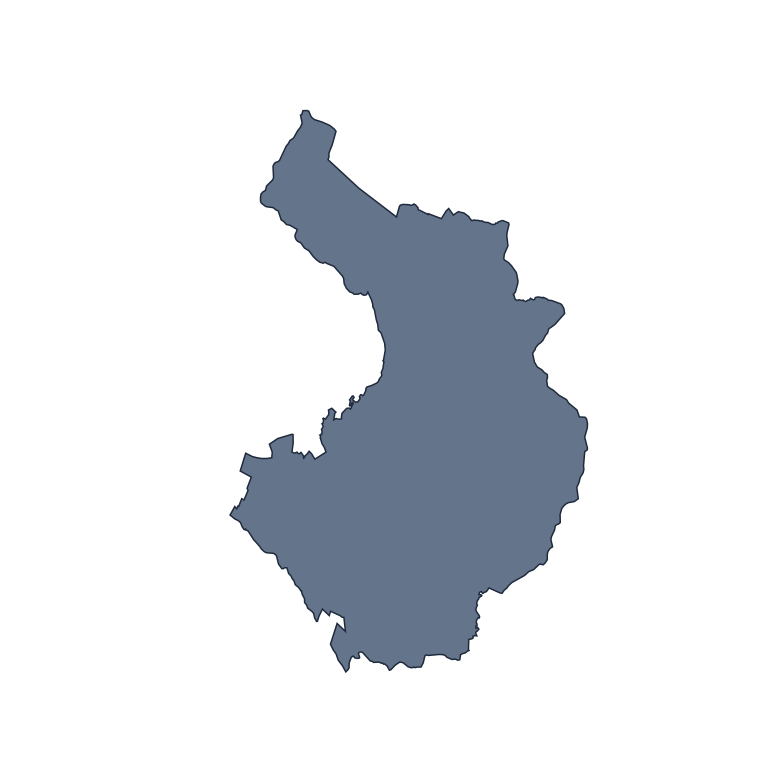 the district of Hateg, Hunedoara, Romania, rotated 65°
{"feature_id": "2599482B32266966922921", "entity_name": "Hateg", "entity_type": "district", "adm_level": 2, "iso_a3": "ROU", "parent_name": "Romania", "parent_adm1": "Hunedoara", "projection": "robinson", "projection_center": [22.928, 45.632], "detail": "fine", "context": "isolated", "style": "filled", "palette": "slate", "viewbox_px": 768, "rotation_deg": 65, "n_neighbors": 0, "source": "geoboundaries", "source_scale": "gbopen_adm2", "svg_char_len": 6170}
<svg xmlns="http://www.w3.org/2000/svg" viewBox="0 0 768 768"><g transform="rotate(65 384 384)"><path d="M437.7,578.9L443.3,576.2L446.2,573.8L449.1,572.6L453.3,572.9L456.3,572.5L457.1,571.9L457.0,570.8L457.9,571.0L459.7,569.3L470.1,567.9L477.8,565.5L481.6,564.9L485.5,563.3L487.3,561.8L490.9,555.5L493.2,554.3L494.5,554.1L502.7,555.7L508.2,554.6L508.8,553.4L508.5,551.6L509.6,549.7L515.4,550.5L518.8,549.4L521.8,549.4L524.3,548.8L528.5,549.2L532.2,547.4L536.4,546.7L536.5,546.2L539.9,547.0L545.0,546.8L548.5,548.3L551.9,547.5L554.9,547.9L559.5,545.5L562.1,544.7L566.6,545.7L570.7,545.5L570.9,544.6L567.0,541.1L562.0,534.9L570.8,531.5L567.4,528.5L575.0,522.0L577.8,520.4L578.6,519.0L591.9,523.5L581.2,527.7L597.2,542.5L603.7,542.4L608.4,541.5L614.9,542.2L622.1,540.7L628.8,540.3L627.6,537.1L626.4,535.6L622.0,533.4L618.0,529.3L617.5,527.4L617.9,526.6L619.9,526.2L621.3,524.4L622.0,522.2L621.5,521.6L617.3,521.1L616.8,519.6L617.1,518.0L618.4,516.8L629.2,513.5L630.3,512.0L631.9,511.1L633.9,506.1L635.9,504.4L636.4,503.2L637.8,502.7L638.0,501.7L641.1,500.3L645.7,500.1L645.9,498.7L643.5,492.5L642.7,487.2L644.6,484.5L650.4,481.7L652.4,479.6L653.3,477.6L653.0,476.6L654.3,475.5L654.6,473.5L656.2,470.1L653.3,466.3L647.8,461.9L647.3,460.4L648.7,458.7L652.4,448.4L653.9,445.5L655.5,443.5L658.4,442.4L662.4,438.8L663.4,435.8L665.5,433.8L666.0,431.9L661.6,429.0L661.6,426.4L662.1,424.0L661.3,420.8L661.5,419.6L660.3,419.7L651.3,415.1L652.1,412.1L651.8,410.5L650.2,410.0L650.5,407.9L651.5,406.3L649.0,406.3L647.7,405.7L647.3,403.7L646.3,401.6L644.2,402.0L644.4,403.8L643.0,403.6L642.1,403.0L642.5,402.0L642.1,401.6L640.7,401.1L639.4,401.3L637.2,400.0L635.6,397.4L636.3,396.6L635.7,395.9L634.2,395.6L629.2,396.4L626.9,395.9L625.4,394.6L624.1,392.9L622.2,392.8L619.9,391.1L618.8,389.0L617.6,388.0L617.5,385.6L617.0,384.8L616.1,385.1L615.1,386.9L614.3,386.6L613.1,384.9L613.3,383.4L615.4,383.2L615.6,382.6L615.1,381.2L615.5,379.8L615.2,378.4L613.2,375.1L622.1,367.4L623.6,365.4L621.8,362.4L620.8,358.7L619.4,356.3L618.0,352.2L616.9,337.3L615.2,332.2L615.5,326.9L613.0,319.5L613.1,318.8L615.1,316.2L614.4,313.8L612.3,310.3L607.2,307.9L605.0,306.1L603.2,303.1L602.8,300.0L595.5,298.5L593.1,296.7L588.5,291.2L585.1,288.8L584.6,288.0L584.6,284.4L584.1,282.8L576.7,279.6L571.9,275.4L570.3,272.2L569.5,269.3L569.5,266.9L571.0,261.2L570.1,256.4L559.2,253.0L555.8,249.0L551.6,245.6L548.8,241.3L546.0,239.0L542.4,237.7L530.2,230.7L529.6,227.6L528.1,226.7L517.0,224.6L509.7,218.3L505.9,216.3L501.4,215.2L499.5,215.6L498.8,216.3L496.7,220.4L496.1,220.8L489.1,220.1L479.4,224.7L475.3,225.2L468.0,230.3L461.1,233.2L458.1,235.4L455.2,236.8L449.4,235.0L447.3,233.1L444.4,232.0L441.1,234.0L438.1,234.8L433.3,237.9L427.7,238.4L419.6,236.5L418.5,235.7L416.5,232.3L415.3,231.4L413.3,227.6L412.8,224.6L411.6,221.6L408.2,217.1L406.9,214.2L404.1,211.9L403.6,210.9L402.2,203.7L396.4,190.5L391.7,189.1L387.9,189.3L386.0,190.0L379.3,196.7L377.4,199.8L376.0,200.2L372.9,202.9L373.1,203.8L372.4,204.2L370.1,207.9L369.6,210.3L371.0,211.8L370.9,213.1L368.2,215.1L369.2,216.6L368.8,218.6L369.2,220.5L368.1,221.9L366.9,222.2L366.5,224.0L364.6,226.2L364.8,227.6L363.1,229.2L360.5,229.2L359.3,228.7L357.6,229.0L356.2,226.1L349.7,220.5L347.2,219.0L341.0,217.4L338.8,217.0L330.6,218.5L326.4,220.0L322.3,222.5L321.1,222.5L317.2,220.1L311.2,213.3L301.4,210.0L298.7,208.4L292.3,203.3L290.7,203.0L286.2,207.1L285.8,208.0L285.4,212.0L286.1,213.4L285.4,214.7L286.2,216.0L285.1,218.6L281.8,221.2L279.7,224.7L277.5,226.3L277.2,227.5L276.0,228.8L273.3,233.5L273.2,235.3L270.4,236.2L268.2,236.4L262.9,239.2L259.2,243.9L260.2,249.7L252.3,251.2L253.4,254.5L258.4,262.1L248.3,271.9L249.0,272.4L240.3,279.3L238.7,278.7L235.1,279.7L233.5,280.8L233.8,283.4L231.8,286.1L229.3,290.8L228.8,293.6L229.6,295.0L237.9,302.1L196.0,324.0L157.1,339.9L154.9,337.9L151.4,336.3L145.5,330.0L134.7,320.7L131.9,321.3L126.7,323.9L120.3,329.5L115.1,335.2L112.5,336.6L110.5,337.1L105.0,336.9L103.7,338.1L102.5,340.8L102.0,342.0L104.9,344.5L105.0,346.0L112.9,347.9L115.9,351.1L118.3,355.7L122.3,361.2L123.1,362.8L123.5,366.1L125.9,369.5L127.1,372.1L137.2,384.2L137.7,386.4L137.3,388.8L138.3,391.0L139.8,392.6L150.3,396.9L151.9,398.5L154.9,406.7L158.4,409.6L158.8,412.8L159.9,415.2L162.9,417.2L166.1,418.6L168.0,418.8L172.1,416.8L173.6,415.7L177.4,409.8L180.5,408.4L182.4,406.7L191.8,407.8L194.6,406.1L198.1,405.1L200.5,402.1L207.4,397.3L211.4,401.7L213.3,402.5L216.1,402.6L218.1,402.0L220.8,399.8L227.2,398.6L231.3,395.8L238.8,394.2L242.9,392.7L246.5,390.7L248.8,388.1L248.8,386.0L250.9,384.6L256.1,379.7L268.8,376.0L271.4,376.0L276.3,377.7L281.5,377.6L286.1,376.1L288.1,374.0L289.9,373.3L291.7,369.4L291.8,366.7L293.6,366.0L294.9,364.9L295.7,362.8L295.6,361.9L293.9,359.8L302.3,359.8L307.0,360.5L309.6,361.6L312.5,361.3L322.9,363.9L327.4,364.5L332.9,366.4L336.3,365.1L347.3,366.2L353.8,368.5L361.8,374.1L362.6,375.2L363.6,374.6L369.6,378.5L372.4,381.6L375.0,382.2L376.0,383.2L377.4,386.0L379.4,388.1L380.1,390.2L380.1,395.9L379.5,400.7L380.5,402.4L382.3,403.2L385.4,407.1L385.6,408.2L384.2,409.0L383.9,409.8L385.0,411.6L387.2,411.9L389.1,415.3L388.4,417.4L385.6,419.0L384.7,418.9L383.6,416.8L381.8,417.0L381.5,417.8L383.9,422.0L385.4,421.8L388.6,424.3L389.3,424.3L389.7,423.5L387.5,420.7L387.8,420.1L388.4,420.1L392.1,424.3L392.5,425.0L391.1,425.7L390.3,428.1L392.1,432.8L392.9,434.6L396.0,436.6L397.2,436.9L397.6,437.6L396.5,440.4L395.0,442.0L395.3,444.7L389.7,440.9L389.2,439.5L383.9,441.6L384.1,445.3L387.3,446.4L388.6,447.4L391.1,452.0L389.3,453.3L389.5,454.0L391.3,454.2L393.6,455.6L393.7,457.0L396.8,457.0L398.8,459.9L400.4,460.0L402.8,461.3L403.2,463.8L404.3,463.3L405.7,464.5L412.0,465.4L416.2,464.9L421.2,465.3L422.9,478.4L416.6,479.1L413.3,480.3L415.0,483.4L415.8,486.2L417.0,487.1L417.2,488.1L414.9,487.4L411.1,488.0L410.8,488.6L411.5,489.5L411.4,490.4L410.3,491.4L409.0,491.6L408.9,494.3L406.8,496.2L399.0,491.2L391.4,487.8L390.7,488.6L388.5,503.3L390.1,513.3L398.6,514.1L403.4,516.9L402.0,521.7L399.8,526.4L397.3,530.1L394.2,533.9L388.3,538.6L402.1,551.1L412.3,543.6L420.7,552.2L423.0,552.2L430.0,559.9L427.8,561.4L433.5,567.4L432.9,567.8L434.8,570.2L432.0,571.0L437.7,578.9Z" fill="#64748b" stroke="#1e293b" stroke-width="1.5"/></g></svg>